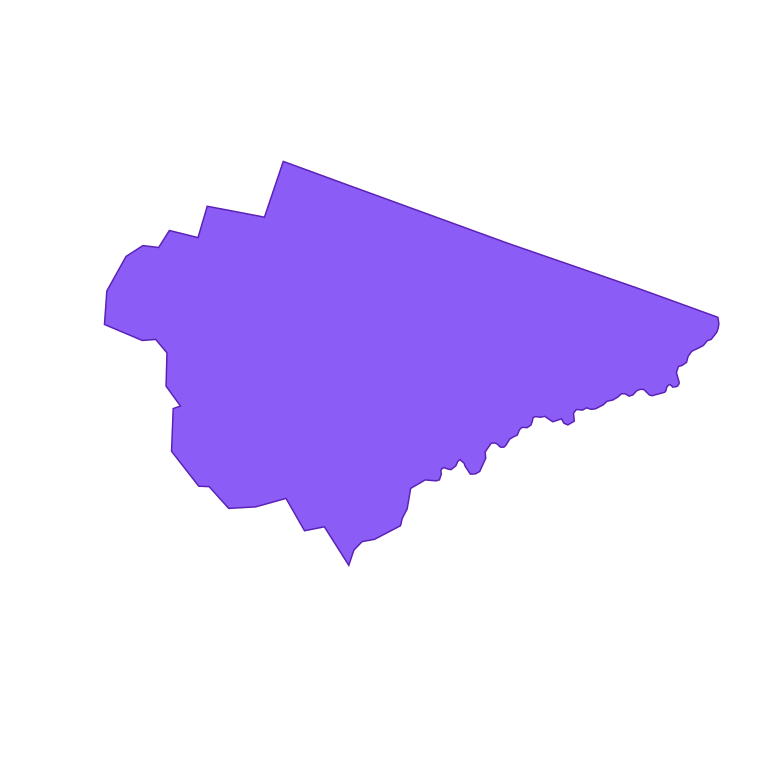 Rabun, Georgia, United States of America, rotated 21°
{"feature_id": "52423323B22473202242420", "entity_name": "Rabun", "entity_type": "district", "adm_level": 2, "iso_a3": "USA", "parent_name": "United States of America", "parent_adm1": "Georgia", "projection": "albers", "projection_center": [-83.284, 34.858], "detail": "fine", "context": "isolated", "style": "filled", "palette": "violet", "viewbox_px": 768, "rotation_deg": 21, "n_neighbors": 0, "source": "geoboundaries", "source_scale": "gbopen_adm2", "svg_char_len": 1668}
<svg xmlns="http://www.w3.org/2000/svg" viewBox="0 0 768 768"><g transform="rotate(21 384 384)"><path d="M671.8,202.1L586.1,203.7L447.5,208.3L279.8,211.2L210.2,212.3L212.6,271.1L155.3,281.4L157.9,314.0L128.6,317.6L124.7,337.3L109.3,341.2L97.5,357.3L91.9,396.4L101.7,428.6L142.7,430.0L154.9,424.2L170.2,432.7L181.3,464.1L201.9,477.5L196.0,482.5L209.8,523.0L247.7,545.8L257.5,542.5L283.6,555.8L308.2,544.7L333.5,525.9L362.4,549.5L379.5,538.7L416.1,565.9L415.4,549.9L420.0,539.0L430.7,532.5L450.2,510.4L449.2,503.0L450.4,492.3L446.3,471.9L456.8,458.8L467.5,455.7L470.1,453.6L469.8,447.6L468.2,444.6L468.2,443.1L468.8,441.8L469.9,440.6L471.9,440.5L474.2,440.5L477.3,439.9L480.4,434.7L480.6,430.0L481.9,427.4L487.3,429.3L489.0,431.5L496.9,437.2L501.5,435.2L504.7,431.4L505.6,416.9L502.8,411.2L505.3,400.8L508.5,399.4L511.0,399.4L513.4,400.4L515.2,401.2L517.8,400.4L519.0,399.4L519.8,397.3L521.1,390.4L523.7,387.1L526.7,384.0L526.9,378.1L528.4,375.0L533.4,373.4L535.9,369.5L535.8,365.6L535.2,362.0L536.9,360.2L542.2,358.9L545.5,356.6L555.1,358.8L562.2,352.9L566.0,356.1L570.3,356.3L575.0,350.5L571.4,343.3L572.7,338.9L578.7,337.2L581.7,333.6L586.2,333.5L590.3,331.4L596.2,324.8L598.3,320.3L603.4,316.9L606.8,312.6L609.2,308.0L612.8,306.7L617.1,307.5L620.2,305.1L622.4,299.7L625.2,297.1L628.6,296.0L635.6,299.1L638.4,298.9L648.9,291.2L649.6,289.4L649.1,285.8L650.0,283.0L651.5,282.0L654.6,283.4L657.3,282.1L658.8,280.7L659.4,278.0L658.7,276.2L656.9,273.9L652.9,268.5L652.6,262.0L655.4,260.1L658.7,255.4L658.0,249.4L659.5,243.3L668.3,233.7L670.3,227.7L673.5,225.0L676.1,216.5L676.0,212.1L675.0,207.6L671.8,202.1Z" fill="#8b5cf6" stroke="#5b21b6" stroke-width="1.5"/></g></svg>